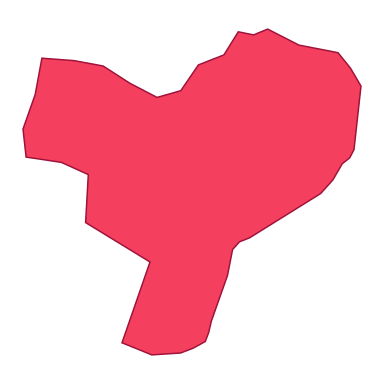 map outline of Dokolo (Albers equal-area conic projection)
{"feature_id": "UGA-3100", "entity_name": "Dokolo", "entity_type": "County", "adm_level": 1, "iso_a3": "UGA", "parent_name": "Uganda", "parent_adm1": "", "projection": "albers", "projection_center": [33.084, 1.906], "detail": "fine", "context": "isolated", "style": "filled", "palette": "rose", "viewbox_px": 384, "rotation_deg": 0, "n_neighbors": 0, "source": "natural_earth", "source_scale": "10m", "svg_char_len": 575}
<svg xmlns="http://www.w3.org/2000/svg" viewBox="0 0 384 384"><path d="M85.6,222.6L88.3,174.6L61.4,162.4L26.1,157.1L23.0,129.1L35.2,94.5L41.9,58.2L73.9,60.6L103.1,66.0L129.6,83.1L157.0,97.4L180.8,90.7L198.4,64.9L223.9,54.9L238.3,31.8L253.5,34.9L267.7,29.1L298.9,45.1L338.0,52.7L350.5,68.2L361.0,86.1L354.0,149.6L349.7,157.9L342.3,163.7L332.9,179.9L320.7,193.5L249.6,237.8L239.5,241.8L232.6,249.5L227.5,275.5L211.4,321.0L208.7,332.5L205.3,341.5L193.3,348.1L180.6,353.0L151.8,354.9L122.0,342.8L150.0,262.0L85.6,222.6Z" fill="#f43f5e" stroke="#9f1239" stroke-width="1.5"/></svg>